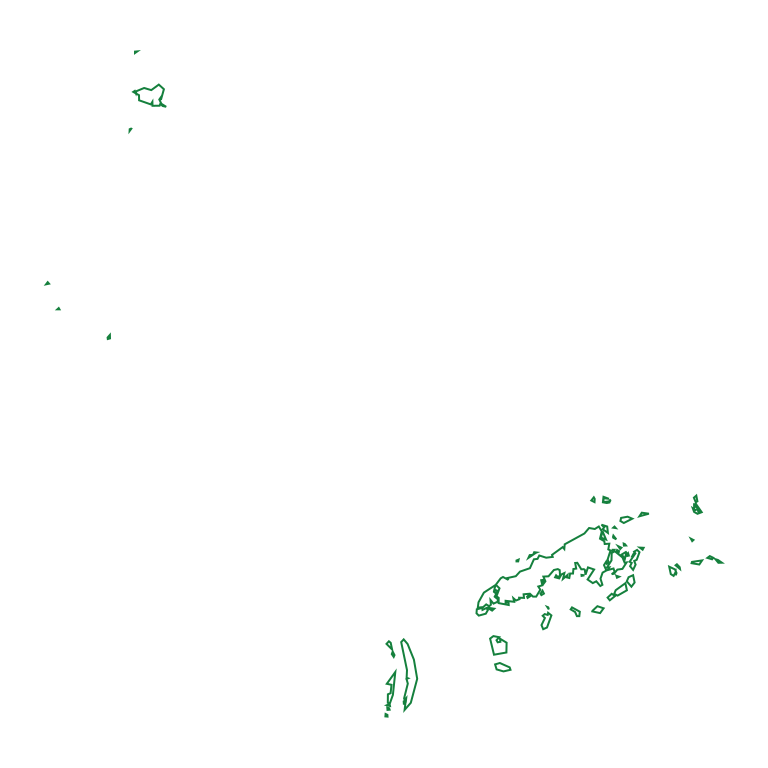 the district of Tawi-Tawi, Tawi-Tawi, Philippines
{"feature_id": "2640588B18152609363823", "entity_name": "Tawi-Tawi", "entity_type": "district", "adm_level": 2, "iso_a3": "PHL", "parent_name": "Philippines", "parent_adm1": "Tawi-Tawi", "projection": "mercator", "projection_center": [119.908, 5.883], "detail": "fine", "context": "isolated", "style": "outline", "palette": "green", "viewbox_px": 768, "rotation_deg": 0, "n_neighbors": 0, "source": "geoboundaries", "source_scale": "gbopen_adm2", "svg_char_len": 6162}
<svg xmlns="http://www.w3.org/2000/svg" viewBox="0 0 768 768"><path d="M598.8,526.5L594.8,529.0L589.1,528.0L584.4,533.5L564.7,544.3L564.3,549.0L562.7,547.1L552.0,554.9L552.7,556.9L546.2,557.7L539.3,555.5L537.5,558.9L533.9,559.3L529.9,568.2L520.0,571.6L515.8,576.2L507.5,578.0L508.1,579.1L507.7,579.5L503.0,577.0L500.7,578.3L495.8,584.8L499.5,588.3L496.5,596.2L498.7,597.9L498.6,603.1L508.7,605.0L508.5,602.2L505.6,602.6L505.6,600.8L514.2,601.8L513.4,598.2L516.0,600.5L519.6,599.1L519.8,598.3L519.1,598.1L519.1,597.7L524.0,597.9L523.6,594.3L529.9,593.7L533.0,596.6L536.2,596.6L540.3,589.7L538.3,586.5L542.4,585.3L541.2,580.2L542.8,579.9L543.9,583.3L545.4,581.3L543.4,576.6L548.5,576.3L553.9,570.0L557.8,569.1L559.7,570.1L560.0,575.1L564.4,573.0L563.0,578.9L567.4,575.1L566.9,577.4L569.3,578.0L570.1,573.5L573.0,573.5L573.4,569.0L576.2,568.6L575.2,563.0L577.3,562.8L581.3,569.3L583.9,569.2L584.8,569.8L585.5,574.7L588.0,567.4L594.1,569.5L587.6,579.5L592.8,583.1L596.3,581.3L600.3,586.0L602.4,584.8L600.5,578.7L602.6,572.6L606.4,570.5L604.0,565.1L606.2,561.6L606.9,563.7L608.6,562.4L607.7,559.3L610.5,550.5L608.3,549.4L609.3,543.7L604.7,544.0L604.3,541.2L600.0,538.7L601.8,531.4L598.8,526.5ZM401.2,642.1L407.0,670.1L406.6,678.5L407.5,678.1L408.0,678.3L406.5,678.9L407.8,683.6L404.1,698.4L404.7,700.0L406.2,698.2L405.7,702.6L405.2,700.3L403.7,701.4L403.9,704.6L404.5,703.0L405.4,703.4L404.6,709.9L410.8,702.8L417.2,678.8L413.9,659.6L407.6,644.0L403.7,639.4L401.2,642.1ZM158.8,84.6L151.3,90.1L144.1,88.0L136.4,91.2L135.9,93.4L134.8,90.9L133.3,91.9L139.0,95.2L139.1,100.3L150.8,104.4L152.4,101.8L152.5,105.8L159.6,105.7L160.3,103.9L162.7,106.0L166.2,106.8L161.4,103.8L159.3,99.5L160.5,97.8L160.5,99.3L161.1,99.2L163.9,89.2L158.8,84.6ZM495.4,585.1L483.9,592.6L478.5,602.3L477.8,607.6L483.2,607.1L486.2,604.4L489.2,606.2L490.9,604.7L490.5,600.0L493.5,603.6L497.3,601.9L498.2,599.6L494.7,596.7L496.5,593.3L495.1,592.8L493.9,591.7L495.4,585.1ZM622.4,568.9L626.6,562.4L624.6,562.6L622.5,557.5L614.0,550.6L613.7,551.9L611.7,552.9L611.5,560.4L607.0,567.5L609.4,567.3L607.6,570.1L613.5,568.5L614.9,572.6L617.4,569.6L622.4,568.9ZM493.4,636.1L490.1,638.6L494.0,654.7L506.4,652.5L506.6,642.7L500.0,638.7L500.4,641.8L497.7,642.3L496.5,640.2L499.2,637.2L493.4,636.1ZM395.3,672.0L386.8,683.8L391.5,684.8L390.6,693.2L387.9,694.3L387.8,702.7L389.9,703.3L392.9,694.9L395.3,672.0ZM547.0,627.5L551.4,615.4L548.1,612.8L547.7,614.9L544.7,614.1L542.7,615.8L544.9,618.0L541.5,625.1L543.2,629.2L547.0,627.5ZM499.8,663.0L495.1,664.4L496.6,669.4L503.5,671.4L510.5,669.8L509.7,667.4L499.8,663.0ZM637.1,549.9L634.1,551.7L635.4,553.4L629.6,561.8L631.7,562.9L630.1,566.2L633.1,569.9L635.6,564.6L634.2,561.0L636.7,559.8L639.5,552.2L637.1,549.9ZM625.4,583.2L615.7,590.2L614.2,593.8L617.6,595.6L626.9,590.3L625.4,583.2ZM633.1,575.2L628.6,577.2L626.8,581.3L631.4,586.7L634.6,582.5L633.1,575.2ZM482.3,607.9L476.8,609.3L476.5,613.3L478.8,615.6L485.8,613.7L487.8,610.2L486.5,608.0L482.5,609.9L482.3,607.9ZM603.6,608.3L597.4,606.2L592.5,610.8L592.3,611.4L600.1,613.1L603.6,608.3ZM627.6,516.7L621.1,517.9L620.4,521.0L623.8,523.0L632.3,518.7L627.6,516.7ZM696.1,504.2L694.1,504.2L694.1,508.0L695.8,505.0L695.8,506.8L698.9,508.2L699.8,510.9L698.4,511.8L697.3,508.9L695.5,510.1L692.8,508.3L694.1,511.9L697.5,513.8L701.7,512.2L696.1,504.2ZM669.2,566.7L670.8,574.1L673.6,575.9L675.7,571.9L675.8,575.3L676.5,573.0L675.0,569.4L669.2,566.7ZM572.0,607.4L570.7,609.4L575.1,612.0L576.9,616.1L579.3,616.1L579.8,611.7L572.0,607.4ZM607.2,526.5L601.5,524.7L604.2,527.4L602.7,529.2L607.9,532.9L607.2,526.5ZM611.7,593.8L607.6,597.6L609.8,600.3L615.1,596.0L611.7,593.8ZM702.1,560.4L692.0,561.9L691.6,563.2L699.3,564.5L702.1,560.4ZM603.0,532.4L601.9,533.6L601.0,537.6L606.0,539.5L603.0,532.4ZM648.9,513.7L641.8,512.7L639.4,516.3L648.9,513.7ZM625.9,552.0L621.7,554.5L624.9,558.8L626.0,553.9L627.6,553.9L625.9,552.0ZM388.9,641.3L386.5,643.9L392.1,649.5L390.7,642.8L388.9,641.3ZM608.9,498.8L603.5,496.8L602.9,502.3L606.8,503.0L609.4,502.5L609.4,501.8L610.1,501.2L610.3,500.6L610.2,500.2L609.3,499.4L610.2,500.4L609.8,501.3L603.4,502.1L603.6,498.2L608.9,498.8ZM696.3,495.6L693.9,497.7L695.7,502.1L697.4,501.3L696.3,495.6ZM709.8,556.1L707.4,557.9L712.1,559.3L713.3,557.8L709.8,556.1ZM494.2,608.7L487.2,607.6L492.1,610.6L494.2,608.7ZM593.8,497.3L591.3,500.5L594.5,502.1L594.7,498.9L593.8,497.3ZM561.0,575.2L557.8,577.0L556.1,575.3L555.1,577.3L559.2,578.4L561.0,575.2ZM542.5,590.7L540.5,593.8L541.4,595.1L543.9,593.6L542.5,590.7ZM715.4,559.2L718.4,562.8L721.9,562.7L718.0,560.0L715.4,559.2ZM643.6,547.8L639.8,547.6L642.6,549.7L643.6,547.8ZM109.9,334.9L107.6,337.5L107.8,339.0L110.0,338.4L109.9,334.9ZM676.9,564.3L675.6,565.3L680.0,569.0L679.7,567.2L676.9,564.3ZM495.3,589.9L494.4,592.1L496.9,593.2L497.2,590.7L495.3,589.9ZM613.4,535.6L613.0,537.0L613.3,537.8L616.3,539.3L613.4,535.6ZM392.7,651.6L391.8,654.1L393.7,656.9L394.5,655.1L392.7,651.6ZM529.3,594.7L527.1,596.7L527.6,597.9L530.1,596.3L529.3,594.7ZM693.4,540.0L690.9,538.7L692.2,541.1L693.4,540.0ZM617.1,550.0L616.4,551.7L618.6,552.8L619.0,551.1L617.1,550.0ZM532.8,554.9L529.7,555.1L528.4,557.9L532.8,554.9ZM385.6,714.0L385.4,716.4L387.5,716.6L387.4,714.9L385.6,714.0ZM619.1,576.7L616.4,575.8L617.0,577.7L619.1,576.7ZM621.4,547.7L618.2,546.2L620.2,549.0L621.4,547.7ZM49.0,283.7L47.7,282.2L46.1,284.3L49.0,283.7ZM387.3,707.6L387.5,709.9L389.6,709.7L389.1,708.2L387.3,707.6ZM623.7,543.6L623.9,545.6L626.0,545.5L624.9,544.1L623.7,543.6ZM613.5,572.8L611.7,574.2L614.1,573.7L613.5,572.8ZM584.4,575.3L581.5,574.9L581.6,575.9L584.4,575.3ZM389.6,704.0L386.9,705.2L390.0,706.0L389.6,704.0ZM518.6,559.6L516.5,560.5L516.5,561.4L518.2,561.4L518.6,559.6ZM129.6,131.0L131.3,128.7L131.1,128.6L129.7,129.2L129.6,131.0ZM137.3,51.4L135.0,51.6L135.0,53.0L137.3,51.4ZM614.1,549.8L612.6,549.8L612.3,551.7L614.1,549.8ZM614.5,526.6L613.3,527.7L615.8,528.1L614.5,526.6ZM59.4,309.3L58.7,308.1L57.4,309.3L59.4,309.3ZM548.8,609.4L548.5,608.1L548.2,607.3L547.2,606.9L548.8,609.4ZM628.2,553.6L627.5,554.9L627.5,555.9L628.8,555.6L628.2,553.6ZM634.1,553.1L633.3,554.2L632.4,555.9L633.6,555.6L634.1,553.1ZM536.6,552.5L534.2,552.2L533.5,553.8L536.6,552.5Z" fill="none" stroke="#15803d" stroke-width="2"/></svg>